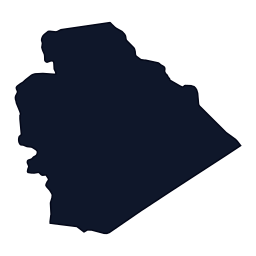 the Province of As Suwayda'
{"feature_id": "SYR-143", "entity_name": "As Suwayda'", "entity_type": "Province", "adm_level": 1, "iso_a3": "SYR", "parent_name": "Syria", "parent_adm1": "", "projection": "orthographic", "projection_center": [36.682, 32.769], "detail": "fine", "context": "isolated", "style": "filled", "palette": "ink", "viewbox_px": 256, "rotation_deg": 0, "n_neighbors": 0, "source": "natural_earth", "source_scale": "10m", "svg_char_len": 3080}
<svg xmlns="http://www.w3.org/2000/svg" viewBox="0 0 256 256"><path d="M240.6,145.6L225.3,155.7L192.0,177.3L170.5,191.3L140.7,210.9L109.3,232.5L106.8,233.4L104.1,233.3L91.6,230.0L87.4,229.9L84.0,231.9L76.9,226.5L50.2,223.2L50.1,221.8L50.9,215.2L51.1,214.6L50.5,203.4L50.6,202.4L52.0,197.9L52.1,197.0L52.3,195.1L52.1,194.3L51.6,193.2L49.7,190.1L47.0,187.1L46.0,185.6L46.0,185.0L46.1,184.3L47.2,181.9L48.4,180.2L48.6,179.8L48.3,178.5L46.0,174.9L42.8,175.2L42.4,175.2L42.0,175.1L41.3,174.7L40.6,174.1L40.1,173.5L39.3,172.6L38.9,172.5L38.4,172.4L37.9,172.4L34.2,173.0L31.2,172.9L28.0,172.4L27.7,172.0L27.5,171.3L27.8,169.8L27.9,169.1L28.6,167.3L28.8,166.4L28.6,165.7L27.5,163.1L27.3,162.1L27.6,160.8L28.0,160.4L28.4,160.1L30.9,159.3L31.6,159.0L31.9,158.8L32.2,158.5L33.2,157.4L33.5,157.1L34.1,156.7L35.5,156.0L36.1,155.5L36.6,155.0L36.8,154.6L37.0,154.3L37.4,152.6L37.4,151.6L37.0,150.8L36.1,149.8L33.5,148.1L32.3,147.4L31.4,147.0L27.5,146.6L26.6,146.4L23.7,145.2L23.2,145.0L22.8,145.0L21.8,144.9L20.9,144.8L20.4,144.5L20.1,144.2L19.8,143.8L19.3,142.8L19.0,142.1L18.9,141.6L18.7,140.1L18.7,139.1L18.9,137.7L19.3,136.5L21.4,134.6L20.0,119.1L20.0,115.4L20.3,114.9L20.4,114.7L20.6,113.9L19.9,111.5L16.5,103.2L16.0,100.8L15.5,99.2L15.4,97.8L15.4,97.3L15.5,96.8L15.7,96.0L17.3,92.9L17.4,92.4L17.5,92.0L17.5,91.5L17.4,91.1L17.3,90.6L17.1,90.3L16.6,89.2L16.4,88.4L16.3,87.9L16.4,87.4L16.7,86.8L17.4,86.0L20.5,83.7L22.9,82.3L25.6,79.8L31.5,75.2L33.0,74.5L35.1,73.9L42.9,73.5L54.3,74.3L55.3,74.2L55.7,74.0L55.9,73.7L55.9,73.1L55.6,71.9L54.7,70.0L54.3,69.2L54.2,68.8L54.2,68.4L53.9,62.9L53.7,62.1L53.5,61.7L53.3,61.4L53.0,61.1L52.7,61.0L52.2,60.8L51.8,60.8L50.8,60.9L50.4,61.0L47.4,62.1L47.1,62.1L46.8,62.1L46.4,62.0L46.1,61.8L45.8,61.6L45.5,61.4L45.1,60.8L44.9,60.4L44.8,60.0L44.7,56.4L44.6,55.4L44.5,54.6L44.2,53.7L42.9,50.8L42.4,49.3L41.9,47.6L41.9,47.0L42.0,46.3L42.2,45.1L42.4,43.6L42.4,43.1L42.2,42.2L41.8,41.0L41.7,40.6L41.6,40.0L41.7,39.4L41.9,38.3L42.3,37.3L42.8,36.2L43.8,35.0L44.9,34.0L48.2,31.4L49.0,31.3L50.2,31.3L55.7,31.9L57.2,31.6L61.0,29.7L109.9,22.6L110.3,22.8L112.1,24.7L112.9,25.4L114.5,27.0L116.2,28.3L121.8,31.4L122.4,31.9L124.6,34.3L125.4,35.8L125.6,36.6L126.0,39.3L126.3,40.1L126.8,40.7L133.6,47.6L134.0,48.1L134.3,48.6L134.6,49.4L135.1,51.4L135.3,53.4L135.4,54.3L135.6,55.2L135.8,55.6L136.0,55.9L136.5,56.4L140.5,59.4L141.1,59.7L144.5,60.2L145.6,60.2L158.2,62.9L159.2,63.5L159.5,63.7L160.0,64.3L161.0,65.0L163.3,66.3L163.9,66.8L164.2,67.0L164.4,67.3L164.6,67.7L164.7,68.1L164.8,68.5L164.8,68.9L164.8,69.5L164.6,70.3L164.7,71.6L164.7,71.9L164.8,72.2L165.2,72.9L165.6,73.5L166.0,74.1L166.2,74.3L166.3,74.4L166.6,74.6L167.1,75.1L167.3,75.5L167.6,76.1L167.8,76.5L168.0,76.8L168.1,77.1L168.3,77.4L168.7,77.9L169.2,78.3L169.5,78.8L169.9,80.2L179.8,85.9L182.3,87.1L182.7,87.0L183.4,86.7L183.7,86.5L184.0,86.3L184.5,85.7L185.5,85.5L191.0,85.7L194.1,86.7L195.5,88.1L196.3,89.4L196.7,90.1L196.9,90.9L197.6,93.2L198.5,103.8L198.7,104.6L198.8,105.0L199.4,106.0L226.0,132.5L235.5,139.4L237.3,141.3L240.6,145.6L240.6,145.6Z" fill="#0f172a" stroke="#020617" stroke-width="1.5"/></svg>